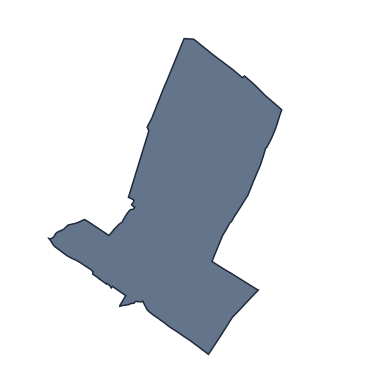 San Agustín Yatareni, Oaxaca, Mexico (Mercator projection), rotated 298°
{"feature_id": "50627088B58222599296469", "entity_name": "San Agustín Yatareni", "entity_type": "district", "adm_level": 2, "iso_a3": "MEX", "parent_name": "Mexico", "parent_adm1": "Oaxaca", "projection": "mercator", "projection_center": [-96.684, 17.08], "detail": "fine", "context": "isolated", "style": "filled", "palette": "slate", "viewbox_px": 384, "rotation_deg": 298, "n_neighbors": 0, "source": "geoboundaries", "source_scale": "gbopen_adm2", "svg_char_len": 2775}
<svg xmlns="http://www.w3.org/2000/svg" viewBox="0 0 384 384"><g transform="rotate(298 192 192)"><path d="M323.7,113.0L279.2,117.5L268.4,118.4L238.1,121.9L228.3,121.9L225.7,125.2L157.4,138.4L157.5,139.8L157.7,141.5L157.5,142.8L157.7,143.3L157.4,144.5L156.5,144.9L154.7,145.0L153.8,144.8L153.2,144.5L152.8,144.5L152.1,145.1L151.7,147.2L151.8,148.5L150.4,148.5L149.8,148.3L149.0,148.0L148.5,147.6L148.3,146.9L147.7,146.1L146.8,145.6L144.3,145.2L143.4,144.9L139.4,144.5L138.2,144.5L134.9,144.4L132.9,144.5L131.9,144.2L131.3,143.7L130.7,143.4L129.1,142.7L121.2,140.4L120.2,140.4L114.6,139.0L115.8,127.1L116.8,117.4L117.1,114.1L117.2,112.1L117.3,110.2L117.2,110.0L110.2,104.5L104.7,98.1L98.7,96.1L93.4,92.0L91.5,91.2L87.2,91.0L84.2,89.2L83.8,87.4L83.5,87.9L83.6,88.3L80.8,93.3L80.2,94.2L79.4,96.5L78.8,100.0L78.5,102.4L78.0,105.3L77.1,111.0L77.0,116.1L77.0,116.6L77.3,121.6L77.2,126.3L77.2,126.5L76.7,130.9L76.6,131.8L76.3,135.7L76.0,138.8L75.1,142.1L72.9,142.8L72.8,143.5L72.0,150.4L72.0,151.0L71.7,150.9L71.2,154.9L70.6,159.7L71.3,159.6L70.7,163.7L69.6,165.3L69.4,165.7L70.8,165.9L71.3,166.0L70.0,176.7L69.4,182.2L68.2,182.1L63.9,181.9L63.3,181.8L62.8,181.8L62.2,181.8L58.3,181.6L57.2,181.8L59.8,184.8L60.7,186.2L62.2,188.1L62.9,189.1L65.2,190.7L65.8,192.0L66.0,192.3L66.5,193.0L68.4,193.4L69.3,194.1L69.7,195.7L70.3,196.8L70.9,198.4L71.7,199.3L72.5,200.0L72.1,200.3L68.0,206.2L66.9,207.9L66.4,209.4L65.9,211.4L65.2,215.6L64.8,219.4L63.8,226.8L63.6,228.6L63.1,231.3L62.6,233.9L62.3,236.2L62.1,238.1L61.9,240.9L61.6,244.7L61.0,250.0L60.6,252.9L60.4,254.7L60.1,258.6L59.7,261.8L59.2,264.8L57.4,276.4L56.8,280.2L56.3,282.7L58.5,283.0L60.0,283.1L62.1,283.3L71.8,284.2L74.1,284.4L77.0,284.7L85.0,285.3L86.0,285.4L86.9,285.5L99.9,286.4L112.0,289.8L126.0,293.6L136.6,296.6L136.5,295.2L136.8,290.5L138.5,265.5L138.6,265.4L138.8,258.8L140.0,242.3L141.6,242.1L148.1,241.4L153.3,240.9L158.2,240.4L160.9,240.2L161.7,240.0L164.9,239.8L166.7,239.5L167.8,239.5L169.9,239.6L172.2,239.7L175.4,239.8L179.0,239.9L182.1,239.9L183.0,240.1L183.6,240.5L186.5,240.9L189.2,240.8L193.5,241.2L199.3,241.7L214.8,242.8L216.5,242.8L218.5,242.5L220.5,242.3L222.3,242.2L230.0,241.2L230.7,241.2L236.8,240.7L238.6,240.5L241.1,240.3L242.7,240.2L243.7,240.1L249.1,239.6L253.3,238.8L257.4,238.1L259.2,237.7L261.6,237.2L265.1,236.5L265.8,236.7L266.7,237.1L273.4,237.0L275.3,237.0L276.1,237.0L278.1,236.9L279.2,236.8L281.6,236.6L286.4,236.1L288.7,235.7L292.7,235.2L293.0,235.1L293.8,234.9L298.8,233.9L302.0,233.3L303.7,233.1L305.6,232.8L305.9,232.8L306.7,232.7L309.6,220.2L311.1,213.4L312.0,210.0L312.3,208.9L312.6,208.2L315.4,199.2L316.6,194.6L319.1,184.0L316.6,182.8L319.4,169.7L319.9,166.2L322.9,147.2L323.5,144.0L325.9,131.4L327.7,121.6L323.7,113.0Z" fill="#64748b" stroke="#1e293b" stroke-width="1.5"/></g></svg>